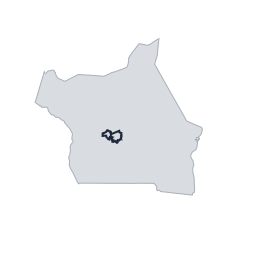 location of Laikipia North, Rift Valley, Kenya, rotated 331°
{"feature_id": "3690345B24506089948123", "entity_name": "Laikipia North", "entity_type": "district", "adm_level": 2, "iso_a3": "KEN", "parent_name": "Kenya", "parent_adm1": "Rift Valley", "projection": "albers", "projection_center": [36.962, 0.429], "detail": "fine", "context": "in_parent", "style": "outline", "palette": "slate", "viewbox_px": 256, "rotation_deg": 331, "n_neighbors": 0, "source": "geoboundaries", "source_scale": "gbopen_adm2", "svg_char_len": 5034}
<svg xmlns="http://www.w3.org/2000/svg" viewBox="0 0 256 256"><g transform="rotate(331 128 128)"><path d="M57.7,152.9L57.6,149.9L58.1,142.2L58.1,135.5L58.5,132.1L60.1,130.0L60.9,128.4L61.4,126.3L62.3,124.5L64.3,123.1L64.7,122.3L66.7,119.9L68.0,116.8L68.9,115.8L70.1,114.8L71.0,114.3L72.3,113.8L73.4,113.5L73.6,113.2L73.7,112.7L73.3,110.8L73.8,110.2L74.5,108.9L75.4,107.7L76.1,107.0L76.5,106.2L76.7,104.9L76.8,103.9L76.8,102.3L76.5,98.8L75.7,95.8L75.1,92.5L75.5,91.4L74.8,89.5L74.5,89.4L73.9,88.9L73.2,87.1L72.7,85.4L72.3,85.0L70.0,83.5L68.8,80.1L67.5,79.3L66.8,75.9L66.6,74.9L67.4,71.5L67.3,70.7L66.5,70.0L64.3,69.2L62.5,67.8L62.8,67.3L62.9,66.8L62.0,66.5L59.2,60.6L62.8,57.1L66.4,53.6L70.9,49.1L75.1,45.0L78.8,41.4L82.0,38.2L81.9,38.8L81.9,39.6L82.3,40.1L83.0,40.5L83.9,40.1L84.7,39.6L85.5,39.5L90.4,40.8L91.2,42.0L91.1,43.2L91.3,44.1L91.0,45.0L90.6,47.8L90.7,50.3L92.1,52.2L93.4,53.6L94.5,55.7L95.2,56.3L96.3,56.6L99.6,56.7L104.6,56.9L109.3,57.0L109.8,57.0L110.8,57.3L115.1,60.1L119.1,62.6L122.5,64.8L125.8,67.0L129.0,69.1L131.5,70.8L134.0,71.3L138.0,71.6L140.7,71.6L143.3,72.4L147.1,73.0L149.9,73.4L151.6,73.8L156.3,74.2L157.1,73.9L159.2,72.0L161.5,68.9L162.4,67.2L165.5,65.4L170.8,63.0L174.5,61.4L178.6,59.7L180.5,61.1L183.2,63.4L184.3,64.6L185.3,65.1L186.7,65.4L188.4,65.5L189.4,65.4L191.3,65.1L195.8,64.8L198.4,64.8L196.2,67.9L193.6,71.7L188.9,78.6L185.2,82.2L182.5,84.9L182.2,85.4L182.3,88.5L182.3,95.9L182.4,110.8L182.5,125.7L182.7,140.6L182.7,148.0L182.7,150.5L185.2,153.6L187.5,156.7L190.7,160.7L192.4,162.8L192.7,163.6L192.6,165.0L190.0,168.0L187.9,169.4L185.1,170.1L184.2,170.0L183.1,169.5L182.7,170.3L182.3,171.4L181.7,171.2L181.2,170.8L181.5,172.8L181.8,173.8L181.4,175.2L180.0,176.3L179.9,177.3L176.9,179.9L172.7,180.2L170.4,181.5L169.5,182.6L168.7,184.9L169.0,188.4L167.8,191.1L167.6,192.5L165.4,194.2L164.4,195.8L163.7,197.5L163.1,198.2L162.4,201.9L161.3,204.1L161.1,204.8L160.8,205.5L160.0,206.8L159.5,207.7L159.2,208.3L156.6,214.0L154.6,216.6L153.0,216.3L151.9,217.3L151.8,217.8L151.3,217.5L149.9,216.6L147.2,214.7L144.5,212.7L141.8,210.8L139.0,208.9L136.3,206.9L133.6,205.0L130.9,203.0L128.1,201.1L126.5,200.0L125.8,199.3L125.3,198.0L125.0,197.6L124.3,197.2L123.4,197.1L123.2,196.9L123.2,196.2L123.5,195.3L124.5,193.5L124.6,192.4L124.4,191.3L124.1,189.4L123.8,188.9L122.0,187.9L118.2,185.8L114.5,183.7L110.7,181.6L106.9,179.6L103.2,177.5L99.4,175.4L95.6,173.3L91.9,171.2L88.1,169.1L84.3,167.0L80.6,164.9L76.8,162.8L73.0,160.7L69.3,158.5L65.5,156.4L61.7,154.3L60.3,153.5L59.0,152.9L57.7,152.9ZM183.1,173.2L182.4,173.4L182.8,172.3L184.7,171.0L185.5,171.3L185.6,171.6L185.6,171.9L185.3,172.2L183.1,173.2Z" fill="#d9dde1" stroke="#a8b0b8" stroke-width="1"/><path d="M119.0,130.5L119.1,130.4L119.3,130.3L119.2,130.3L119.3,130.2L119.4,129.9L119.4,129.7L119.4,129.3L119.4,129.2L119.3,128.9L119.2,128.9L119.1,128.7L118.9,128.4L119.0,128.4L118.9,128.3L118.9,128.2L118.7,128.0L118.7,127.9L118.6,127.7L118.6,127.4L118.6,127.2L118.7,126.9L118.8,126.8L118.8,126.7L118.8,126.4L118.9,126.2L117.0,126.0L110.0,125.2L110.1,124.9L110.1,124.7L110.3,124.6L110.3,124.4L110.4,124.5L110.5,124.3L110.5,124.2L110.5,124.3L110.6,124.2L110.8,124.1L110.8,123.9L110.9,123.7L111.0,123.6L111.1,123.4L111.1,123.1L111.1,122.5L111.1,122.4L111.2,122.1L111.0,122.3L110.9,122.4L110.8,122.2L110.7,122.2L110.4,122.2L110.4,122.3L110.2,122.2L109.8,121.6L109.6,121.3L109.7,121.2L109.5,120.9L109.2,120.4L109.2,120.1L108.8,119.9L108.6,119.9L108.1,120.1L107.8,120.6L107.4,120.8L107.2,120.7L106.9,120.7L106.8,120.8L106.7,120.8L103.3,120.9L103.3,120.7L103.4,120.4L103.2,120.4L103.1,120.7L101.9,122.6L102.8,123.1L103.5,123.3L104.2,123.6L105.2,124.1L104.9,125.2L104.7,125.6L104.8,125.8L105.1,126.8L105.3,127.5L105.2,127.8L105.9,129.0L106.1,128.9L106.2,128.7L106.3,128.7L106.3,128.4L106.5,128.2L106.6,127.9L106.8,127.7L107.0,127.7L107.3,127.5L107.5,127.5L107.8,127.5L107.9,127.4L107.9,127.2L108.0,127.2L108.1,126.9L108.3,126.9L108.5,126.8L108.9,126.8L109.0,126.9L109.2,126.7L109.3,126.6L109.5,127.4L109.3,127.8L109.4,128.1L109.7,128.4L109.4,128.4L109.4,128.9L108.5,128.9L108.5,128.7L107.8,128.8L108.5,129.6L108.3,129.8L108.6,130.3L108.2,130.6L108.8,131.2L108.7,131.2L108.7,131.3L108.6,131.5L108.4,131.5L108.2,131.7L108.2,131.8L107.9,131.9L107.8,132.0L107.7,132.1L107.6,132.3L107.6,132.5L109.0,132.9L109.0,133.2L110.6,133.3L110.7,133.5L110.7,133.8L110.7,134.0L110.7,134.3L110.7,134.5L110.8,134.6L110.9,134.8L110.9,135.0L111.0,135.3L111.2,135.2L111.3,135.3L111.5,135.4L111.6,135.5L111.7,135.4L111.8,135.5L112.0,135.5L112.1,135.4L112.4,134.9L112.1,134.8L111.9,134.1L113.1,133.6L113.3,133.8L113.4,134.0L113.7,134.1L114.3,134.1L114.3,134.6L114.7,134.6L114.9,134.5L115.0,134.5L115.1,134.4L115.4,134.3L115.7,134.3L115.8,134.2L116.0,134.1L116.3,134.0L116.5,133.8L116.6,133.4L116.8,133.3L116.9,133.6L117.0,133.3L117.4,133.0L117.4,132.8L117.4,132.7L117.6,132.4L117.8,132.2L118.1,132.0L118.3,132.1L118.4,131.9L118.5,131.8L118.6,131.7L118.7,131.4L118.7,131.2L118.8,131.0L118.8,130.9L118.8,130.7L119.0,130.6L119.0,130.5Z" fill="none" stroke="#1e293b" stroke-width="2"/></g></svg>